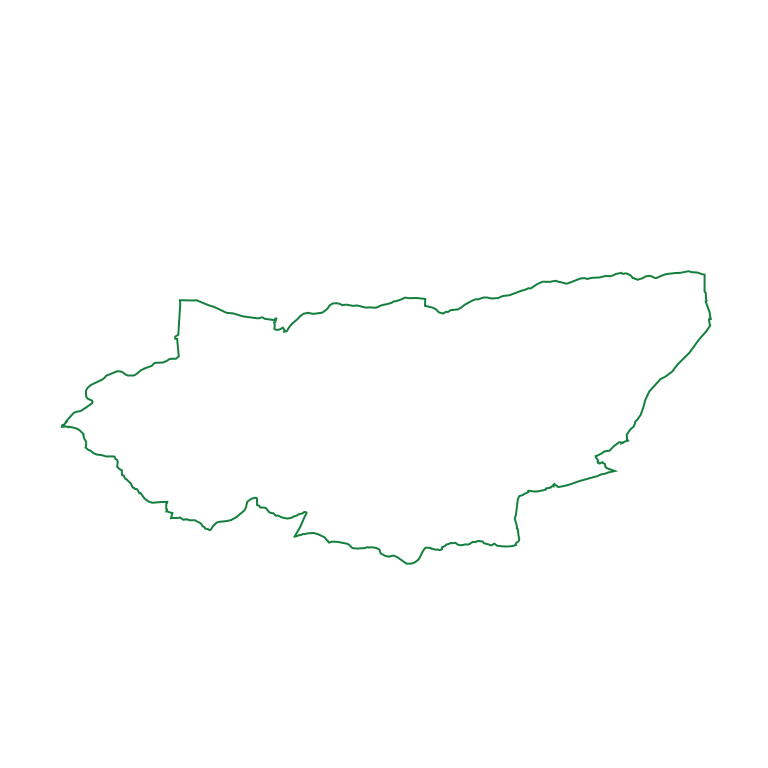 Filipeni, Bacau, Romania (Natural Earth projection), rotated 284°
{"feature_id": "2599482B91029580875305", "entity_name": "Filipeni", "entity_type": "district", "adm_level": 2, "iso_a3": "ROU", "parent_name": "Romania", "parent_adm1": "Bacau", "projection": "natural_earth1", "projection_center": [27.183, 46.544], "detail": "fine", "context": "isolated", "style": "outline", "palette": "green", "viewbox_px": 768, "rotation_deg": 284, "n_neighbors": 0, "source": "geoboundaries", "source_scale": "gbopen_adm2", "svg_char_len": 6139}
<svg xmlns="http://www.w3.org/2000/svg" viewBox="0 0 768 768"><g transform="rotate(284 384 384)"><path d="M259.7,551.0L260.3,550.4L261.9,550.8L263.5,552.4L264.9,552.8L267.0,552.6L268.7,551.5L275.6,548.8L275.9,547.9L276.4,548.0L278.8,547.0L285.1,543.4L288.8,543.7L304.8,541.7L308.1,542.5L309.8,545.6L310.6,546.0L314.0,550.1L314.9,549.7L315.4,550.1L315.9,554.9L316.8,558.7L319.7,564.8L320.7,566.5L321.7,566.3L323.9,570.9L324.5,570.9L325.6,572.0L325.7,573.3L327.2,572.8L328.2,573.5L327.4,574.7L327.1,576.3L326.4,577.2L326.2,578.1L328.9,584.0L331.3,588.4L337.1,597.1L346.2,613.2L348.4,616.0L349.7,618.3L350.3,620.0L352.4,623.0L355.4,628.9L356.3,620.2L356.7,620.0L356.9,619.1L360.0,617.5L360.2,615.9L361.0,614.9L359.1,612.6L359.1,612.1L359.4,611.8L359.0,611.3L359.5,610.5L360.3,610.1L361.3,610.4L364.5,607.1L365.3,606.9L366.0,608.2L369.3,612.0L371.9,614.1L373.9,619.0L379.5,622.2L384.4,626.3L384.8,628.9L383.9,628.8L384.7,630.1L386.3,631.4L388.1,634.5L389.0,633.2L393.5,631.8L398.6,633.6L400.9,634.9L402.7,636.4L406.4,637.1L408.4,636.9L410.2,638.2L416.0,640.5L424.3,641.3L431.9,641.4L441.0,643.2L455.5,651.0L459.4,655.4L466.1,660.9L469.7,662.2L475.1,664.8L488.1,672.7L502.9,678.7L513.6,684.2L519.8,686.4L520.8,685.5L525.0,683.8L525.4,684.2L526.5,684.1L526.6,684.3L525.8,684.9L526.1,685.4L527.8,684.4L532.5,682.5L542.0,676.1L542.8,676.9L544.4,675.9L550.4,674.1L551.2,672.7L567.7,668.6L567.5,665.8L568.0,661.4L567.0,655.8L567.1,652.1L563.5,644.6L562.1,639.7L559.0,631.5L556.7,627.8L552.8,622.8L552.4,621.1L553.4,616.6L552.9,614.6L551.7,611.8L549.7,610.0L549.5,609.4L548.7,608.6L547.7,606.6L546.6,605.2L546.7,602.3L547.1,601.4L547.0,599.5L547.9,598.8L549.1,596.8L549.9,593.3L549.8,591.6L548.6,589.1L548.8,588.1L549.3,587.6L546.9,582.4L545.1,580.4L543.4,577.7L542.5,573.0L539.4,567.0L537.2,559.7L535.0,555.6L535.3,554.2L535.2,552.8L533.9,549.1L526.1,538.0L525.4,536.1L525.6,529.7L525.2,528.2L525.8,526.3L524.6,523.0L523.3,520.5L521.7,513.5L521.1,512.3L517.6,508.1L512.8,503.8L512.2,503.0L511.8,501.0L509.6,498.2L507.6,494.6L500.5,484.3L498.1,478.0L495.0,473.9L492.9,467.5L492.9,463.7L492.2,460.2L490.9,457.8L489.2,455.5L488.2,452.1L486.0,449.2L480.4,443.1L476.9,440.5L474.3,437.8L471.8,430.9L469.3,428.6L469.2,426.8L466.7,424.4L466.8,419.8L469.0,416.4L469.9,412.7L469.8,404.9L476.5,403.4L475.3,394.7L473.4,387.8L472.9,383.5L470.2,380.3L467.3,375.7L466.7,373.8L464.5,371.5L462.3,367.8L460.3,363.5L458.7,361.0L456.8,359.0L455.7,356.3L454.9,351.5L453.7,347.9L453.7,338.8L452.3,335.1L451.9,328.2L450.3,324.4L451.0,322.3L451.0,319.1L450.1,315.6L449.4,314.4L447.3,312.4L443.1,310.8L438.3,306.9L434.9,298.4L434.7,293.1L432.8,289.1L429.9,286.5L425.6,284.1L420.3,280.2L417.1,278.6L411.8,276.9L410.1,273.8L411.1,274.7L411.9,274.7L414.2,272.2L412.2,270.2L410.8,268.0L410.5,265.5L410.7,264.6L411.8,264.1L414.0,264.0L417.1,262.5L417.5,263.5L421.5,263.6L421.3,262.8L419.5,262.3L418.4,252.2L419.1,250.7L419.2,249.4L417.7,247.1L417.1,245.3L415.5,230.8L416.0,220.6L415.0,214.0L417.7,200.4L418.0,194.7L419.9,182.0L418.8,178.3L415.9,165.7L412.5,166.9L382.0,172.5L379.5,170.0L378.2,170.1L377.4,170.8L377.7,172.4L361.1,178.2L358.2,176.0L356.7,170.7L355.7,169.1L354.2,168.1L351.4,164.3L349.1,156.8L348.5,155.9L345.4,154.3L341.0,147.6L340.6,147.5L338.8,145.0L334.6,142.1L332.3,140.0L331.5,138.5L330.3,133.6L330.7,130.8L332.2,127.6L332.5,125.9L331.9,122.2L324.7,112.3L322.3,111.3L320.4,109.8L312.2,99.9L308.7,97.4L306.7,96.7L304.7,96.5L299.7,98.1L298.2,99.9L297.2,104.7L296.2,105.5L294.5,105.3L285.0,96.9L284.1,95.6L282.5,92.0L281.2,90.4L280.0,89.4L271.1,84.8L271.2,85.3L270.5,85.2L267.2,83.4L266.7,83.5L266.5,83.0L266.8,82.8L266.4,82.0L265.2,81.6L264.5,81.7L265.7,85.2L265.9,86.4L265.7,88.2L266.2,88.3L266.5,91.2L266.4,97.2L265.3,100.2L262.6,104.6L262.0,104.4L260.9,105.2L259.4,105.7L255.7,109.0L252.4,109.8L250.4,109.7L248.8,112.4L248.4,113.7L248.4,115.4L247.2,117.5L246.4,120.0L246.1,122.3L246.7,127.5L246.5,132.0L248.3,138.9L248.3,140.1L246.2,141.7L245.8,143.4L244.1,144.4L239.0,145.2L237.1,148.8L236.9,150.5L232.4,151.7L232.1,152.4L232.2,153.8L230.8,154.5L229.5,156.0L229.3,157.0L227.0,160.9L226.9,161.7L222.8,165.3L222.7,166.8L221.9,167.7L222.2,169.5L222.0,170.1L218.8,173.1L219.3,173.7L219.1,174.4L215.0,179.3L214.2,180.9L213.0,184.0L212.7,187.9L215.6,196.4L217.2,202.2L216.1,202.3L215.4,201.8L213.0,202.2L210.0,203.0L209.7,203.9L207.7,203.7L207.9,205.1L207.6,206.8L207.6,209.9L202.3,209.8L202.9,211.1L203.9,215.8L205.2,218.6L203.9,221.4L203.8,222.5L204.7,224.1L204.8,225.8L205.1,225.9L204.8,228.7L206.0,233.1L205.9,234.3L205.3,236.0L204.9,238.6L204.1,240.6L202.2,242.3L201.5,244.7L200.5,245.5L200.5,248.5L200.0,250.1L200.8,251.2L204.5,252.4L209.1,255.2L210.5,257.7L212.7,263.9L215.1,268.8L216.1,269.6L218.5,272.5L227.5,279.1L230.5,279.9L236.1,279.8L237.2,280.2L240.7,283.3L242.2,286.0L242.6,287.8L242.0,288.5L235.8,290.2L235.7,292.2L234.2,293.9L235.1,297.6L235.1,299.0L234.8,299.8L231.9,303.4L231.5,305.4L231.8,308.1L230.4,310.2L230.0,311.3L230.7,312.4L229.8,317.8L230.1,323.0L232.1,327.0L233.3,328.1L235.5,331.5L236.6,332.3L239.0,336.5L240.5,337.6L240.7,338.8L240.5,339.8L239.5,340.1L237.0,339.3L224.7,337.2L214.4,334.2L214.5,334.9L217.1,338.7L217.2,339.7L218.8,341.6L219.1,343.3L220.4,345.6L222.4,351.5L222.3,356.0L221.1,362.4L220.4,364.3L219.5,365.0L217.7,368.1L217.1,368.3L216.9,368.8L217.0,369.5L218.5,371.7L219.6,377.2L220.1,386.9L219.7,388.6L217.1,393.2L217.9,398.0L220.1,404.9L221.8,407.7L221.7,409.3L222.6,411.4L223.0,415.8L222.5,418.8L222.1,419.6L218.8,421.8L217.5,427.0L217.6,430.3L219.7,434.4L219.8,435.6L219.2,438.8L215.1,449.4L216.1,453.2L216.9,455.0L218.2,456.9L221.5,459.6L224.3,460.7L230.5,462.0L233.5,463.0L235.3,464.0L236.1,468.1L236.1,469.2L235.6,470.1L235.9,470.8L235.7,472.9L235.8,474.7L236.3,475.7L236.3,478.4L237.7,480.2L238.7,479.8L239.8,479.9L241.2,482.1L243.3,483.3L244.3,485.3L245.8,487.1L246.2,489.4L247.2,491.8L246.1,494.0L245.9,496.6L246.8,499.4L248.0,501.5L248.5,504.2L249.9,506.3L250.6,506.6L252.4,508.6L252.7,511.0L254.0,512.4L254.6,514.0L255.0,517.8L253.7,519.5L253.6,525.1L253.2,526.9L255.8,529.7L254.7,532.3L254.5,533.5L255.4,539.8L256.1,542.7L257.9,548.1L259.7,551.0Z" fill="none" stroke="#15803d" stroke-width="2"/></g></svg>